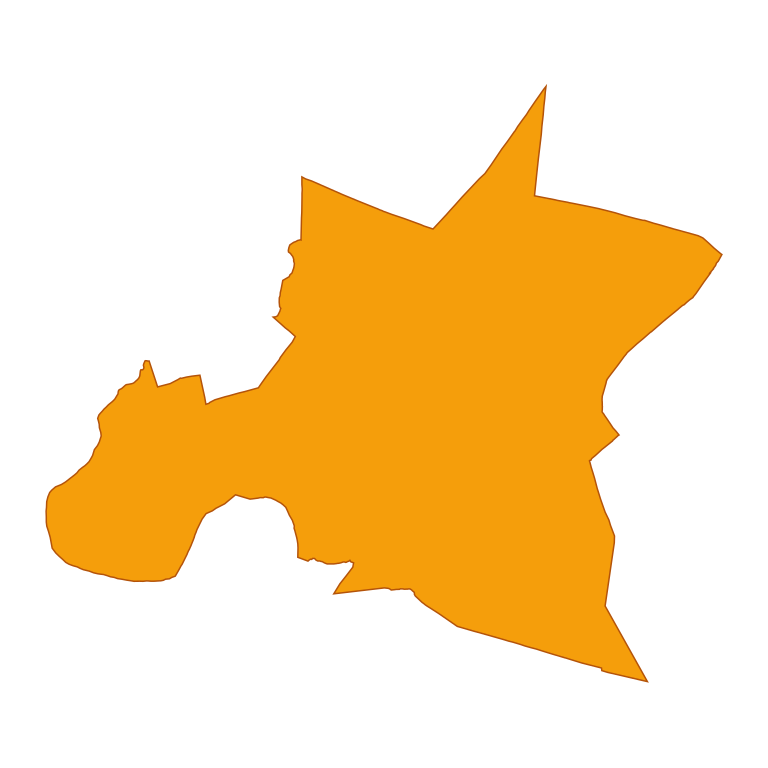 Chiapilla, Chiapas, Mexico (orthographic projection)
{"feature_id": "50627088B22333241829415", "entity_name": "Chiapilla", "entity_type": "district", "adm_level": 2, "iso_a3": "MEX", "parent_name": "Mexico", "parent_adm1": "Chiapas", "projection": "orthographic", "projection_center": [-92.734, 16.558], "detail": "fine", "context": "isolated", "style": "filled", "palette": "amber", "viewbox_px": 768, "rotation_deg": 0, "n_neighbors": 0, "source": "geoboundaries", "source_scale": "gbopen_adm2", "svg_char_len": 6069}
<svg xmlns="http://www.w3.org/2000/svg" viewBox="0 0 768 768"><path d="M721.9,254.5L721.1,254.0L717.1,250.7L713.7,247.8L708.8,243.2L703.1,238.1L701.6,237.3L698.1,235.7L678.7,230.3L677.2,229.9L673.8,229.0L661.6,225.4L656.9,224.1L653.8,223.3L644.8,220.4L642.9,220.3L635.7,218.6L628.5,216.7L625.1,215.8L615.2,212.8L607.0,210.7L601.3,209.3L598.6,208.6L588.6,206.5L573.1,203.4L570.4,202.9L569.7,202.8L567.8,202.3L557.5,200.4L555.1,199.8L534.5,195.8L536.7,174.3L538.3,159.4L541.3,134.2L541.9,126.3L543.2,114.9L543.9,106.0L544.8,98.3L545.3,92.0L546.0,86.4L543.7,89.3L539.3,95.6L535.5,101.0L529.1,110.3L526.5,114.5L522.6,119.7L517.7,126.5L515.0,131.0L514.4,131.6L507.5,141.4L501.8,149.0L491.2,164.8L484.9,173.6L479.5,178.6L462.0,197.2L455.6,204.4L450.4,210.1L445.9,215.2L445.3,215.8L439.0,222.6L433.0,229.0L423.9,226.0L420.7,224.6L404.3,218.6L391.5,214.3L384.3,211.6L383.9,211.6L382.4,210.8L381.7,210.5L380.2,210.0L379.0,209.5L377.6,208.8L376.2,208.3L358.3,201.1L342.6,194.6L311.7,181.0L305.6,178.9L301.9,176.9L301.9,182.4L301.9,184.7L302.2,188.6L302.2,190.4L302.0,193.5L302.0,197.5L301.8,212.2L301.5,217.9L301.0,240.0L300.5,239.8L297.6,240.5L295.9,241.5L293.7,242.3L291.3,243.9L289.8,245.0L288.8,247.9L288.3,250.5L288.5,252.0L290.5,253.5L291.5,254.9L292.6,256.3L293.2,257.6L293.8,259.9L293.6,260.8L294.4,263.6L294.0,266.7L293.6,268.4L292.9,270.3L292.1,272.8L291.2,273.7L289.9,274.9L289.2,276.7L282.8,280.4L281.1,289.3L280.3,292.6L280.1,295.6L279.3,297.8L279.2,302.2L279.6,306.6L280.8,308.4L280.5,309.0L279.9,311.2L277.6,315.8L275.7,316.8L273.2,317.1L284.5,327.2L284.9,327.6L289.4,331.1L295.3,336.5L292.2,342.2L285.9,349.9L280.3,357.5L279.2,359.8L266.2,376.6L260.0,385.4L258.4,387.8L244.7,391.6L238.9,393.0L228.6,395.9L225.3,396.7L214.9,399.8L209.7,402.5L209.0,403.3L205.9,404.3L204.7,397.3L204.0,394.1L199.9,375.2L191.7,376.2L186.4,377.1L181.5,378.3L180.3,378.1L178.1,379.5L170.2,383.6L157.6,386.9L149.1,361.0L147.9,361.1L147.0,360.8L145.7,360.7L145.0,360.9L143.9,363.5L143.6,364.4L143.4,365.3L143.9,367.3L143.8,368.0L143.5,368.9L142.7,369.8L141.8,369.8L140.9,369.8L140.4,370.8L139.8,375.8L139.2,377.4L138.4,378.6L137.3,379.8L136.2,380.7L135.2,381.7L133.5,383.1L131.7,383.7L128.1,384.4L127.0,384.5L126.0,384.8L125.2,385.4L124.3,386.2L123.3,387.1L122.2,388.1L121.0,388.9L119.3,389.7L118.6,390.4L118.2,391.9L118.0,393.9L116.8,395.8L114.9,399.0L113.5,400.5L112.1,401.8L108.4,404.8L106.0,407.3L104.1,409.0L102.2,411.3L100.3,413.3L98.9,415.0L98.1,417.2L97.7,418.4L98.4,420.9L99.2,424.2L99.4,427.8L100.8,432.5L101.2,436.0L99.3,442.0L97.5,445.6L94.4,449.6L92.6,455.5L91.0,458.4L89.1,461.6L86.9,463.9L84.8,465.8L82.5,467.4L79.1,470.1L76.9,472.9L74.6,474.9L70.2,478.3L65.5,482.0L61.4,484.5L55.5,486.9L51.7,490.2L49.7,492.5L47.9,496.9L46.7,501.7L46.5,507.3L46.1,511.2L46.3,517.0L46.3,522.1L46.8,526.2L48.6,531.7L50.2,537.4L52.2,548.2L55.8,553.0L59.3,556.4L62.7,559.4L65.8,562.4L69.0,564.2L73.3,565.8L77.3,566.9L80.2,568.4L83.4,569.7L89.2,571.1L93.6,572.8L97.9,573.8L100.1,574.1L103.5,574.5L107.4,575.7L110.5,576.8L114.2,577.4L117.6,578.6L121.8,579.2L124.4,579.7L127.1,580.2L130.5,580.7L134.0,581.3L139.5,581.2L143.0,581.3L146.7,580.9L148.6,581.0L151.1,581.2L153.6,581.2L155.5,581.1L158.6,580.9L160.8,580.8L163.3,580.3L165.5,579.2L169.4,578.8L171.8,577.4L174.9,576.3L175.3,576.1L178.8,570.0L179.4,568.9L180.3,567.2L181.0,565.9L182.1,564.3L185.2,558.0L186.1,556.2L187.0,554.4L187.6,552.8L188.4,551.0L189.4,549.2L190.1,547.5L191.0,545.6L191.6,544.0L193.2,540.1L194.2,537.4L194.9,534.9L196.1,532.1L196.9,529.7L202.1,519.1L206.1,513.6L212.4,510.8L215.9,508.3L224.7,503.8L235.5,494.8L250.0,499.1L252.1,498.9L258.1,498.1L260.2,497.6L263.2,497.7L264.9,497.0L266.2,497.1L267.9,497.5L270.9,498.0L275.8,500.2L278.0,501.5L280.8,503.0L283.1,504.8L285.8,507.3L287.4,510.7L289.4,515.3L292.3,520.2L293.4,523.3L294.3,525.9L294.1,528.3L294.8,530.4L296.7,537.6L297.2,540.0L297.8,543.7L297.9,545.7L298.0,547.9L297.8,557.3L308.0,561.1L309.1,560.1L310.0,559.5L311.0,559.1L311.7,559.4L312.7,558.4L314.6,558.5L316.0,560.1L317.8,561.0L319.8,561.0L321.1,561.5L322.3,561.6L323.5,562.4L325.4,563.3L326.3,563.6L327.1,563.9L333.9,563.9L336.3,563.6L337.9,563.3L338.6,563.3L340.9,562.8L343.1,562.0L344.6,562.0L345.6,562.4L346.5,562.2L347.3,561.7L349.0,561.1L349.9,560.3L350.8,561.8L353.6,562.8L352.8,567.2L346.3,575.7L339.9,583.8L333.8,593.8L384.3,587.9L388.0,588.3L389.4,588.7L391.2,590.0L394.2,589.7L396.3,589.4L397.5,589.4L399.6,589.3L400.3,588.8L402.0,588.9L403.1,588.9L404.0,589.2L405.3,589.2L405.9,589.1L407.6,589.1L408.5,588.9L409.9,588.9L411.6,589.9L412.2,590.6L414.2,592.3L414.4,593.3L414.4,594.3L415.3,596.0L422.1,602.4L423.8,603.6L425.1,604.7L426.5,605.7L438.4,613.3L457.3,626.4L475.3,631.6L475.8,631.7L497.8,637.9L500.6,638.7L504.7,639.9L508.6,641.1L512.7,642.1L520.7,644.5L524.7,645.9L530.7,647.6L536.5,649.1L540.8,650.5L547.2,652.5L553.4,654.4L565.2,657.9L565.5,657.9L568.6,658.9L575.4,661.0L581.2,662.8L581.5,662.9L590.1,665.1L601.5,668.0L601.8,670.6L607.7,672.4L647.4,681.6L605.1,606.0L614.3,542.7L614.5,536.0L610.5,525.4L608.9,520.0L605.1,512.1L600.6,499.3L598.1,491.2L598.0,490.9L597.3,488.8L594.6,478.4L592.8,472.4L591.2,467.3L590.0,462.6L589.4,460.8L589.6,460.5L591.0,460.1L591.6,458.6L595.7,455.2L602.3,449.1L602.6,448.9L603.0,448.6L612.5,441.0L613.0,440.1L613.3,440.0L618.4,435.3L619.0,435.0L615.8,431.0L612.9,427.8L610.1,423.5L609.6,422.8L607.0,418.9L605.3,416.5L604.4,415.2L603.8,414.1L603.6,413.9L602.2,412.1L602.1,411.6L602.3,409.4L602.3,409.1L602.3,407.6L602.4,406.9L602.2,404.6L602.3,404.4L602.2,401.5L602.1,401.1L602.1,399.5L602.1,398.5L602.1,398.4L602.3,396.7L602.2,396.4L603.1,393.4L606.0,383.2L606.5,380.7L606.8,380.3L606.8,379.9L607.5,378.8L609.1,376.6L611.3,373.7L614.9,369.0L617.9,365.1L624.1,356.6L626.2,354.1L627.2,352.6L631.6,348.7L636.6,344.1L643.8,338.1L650.5,332.2L651.2,331.9L662.1,322.4L666.4,318.8L677.9,309.4L679.2,308.2L682.6,305.4L684.2,304.7L686.5,302.5L689.8,299.7L693.0,297.5L693.2,296.9L695.9,293.6L703.9,282.0L710.4,273.1L709.8,273.0L713.5,268.7L713.4,268.3L715.5,265.6L716.5,263.0L718.3,261.1L721.9,254.5Z" fill="#f59e0b" stroke="#b45309" stroke-width="1.5"/></svg>